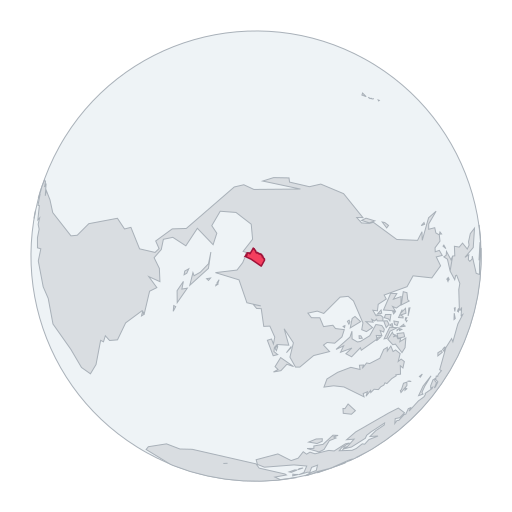 the Earth from above Mississippi, rotated 119°
{"feature_id": "USA-3544", "entity_name": "Mississippi", "entity_type": "State", "adm_level": 1, "iso_a3": "USA", "parent_name": "United States of America", "parent_adm1": "", "projection": "orthographic", "projection_center": [-90.036, 32.591], "detail": "fine", "context": "on_globe", "style": "filled", "palette": "rose", "viewbox_px": 512, "rotation_deg": 119, "n_neighbors": 0, "source": "natural_earth", "source_scale": "10m", "svg_char_len": 12216}
<svg xmlns="http://www.w3.org/2000/svg" viewBox="0 0 512 512"><g transform="rotate(119 256 256)"><circle cx="256" cy="256" r="225" fill="#eef3f6" stroke="#a8b0b8"/><path d="M301.8,346.0L296.5,344.4L291.5,351.0L272.9,342.4L265.7,330.3L206.2,308.5L199.6,301.2L198.8,290.1L175.9,249.6L187.2,286.5L178.9,278.6L171.7,265.0L175.1,262.5L169.5,242.9L161.7,234.2L159.0,209.6L170.6,181.1L173.5,186.6L175.9,179.7L172.5,172.6L169.6,169.7L173.3,140.9L164.0,122.3L154.3,122.6L161.7,118.2L138.9,123.6L129.5,120.2L144.2,120.5L148.9,117.9L144.6,113.4L148.6,109.9L148.7,105.9L153.8,102.3L162.0,103.4L165.4,101.3L162.2,98.4L165.2,93.4L169.4,97.9L175.1,89.8L189.9,91.6L197.2,109.0L209.6,109.0L228.0,125.0L230.5,121.2L239.0,125.7L245.1,123.2L246.8,127.5L250.1,122.0L247.4,118.6L248.0,115.2L251.3,113.6L254.0,118.5L252.8,120.0L255.3,120.7L255.3,124.0L257.1,121.5L260.1,128.0L262.1,119.4L268.6,122.8L269.2,127.8L262.7,130.0L248.0,149.0L246.6,155.8L251.2,162.5L273.4,168.9L274.5,175.7L280.8,182.9L283.1,177.6L279.1,170.2L285.0,162.7L279.3,155.2L280.9,151.3L277.6,143.1L285.1,141.6L294.1,144.9L297.2,151.9L301.2,153.8L303.9,145.3L315.1,157.3L331.9,163.8L334.0,167.6L328.0,177.3L313.8,181.2L306.0,196.1L318.1,184.1L323.2,194.6L327.0,195.6L330.9,194.0L331.7,189.2L334.9,192.6L324.2,205.2L321.1,202.2L324.5,198.1L317.8,200.3L310.6,209.9L313.8,215.1L299.5,225.9L301.6,230.0L299.7,234.9L297.3,227.6L301.3,241.3L285.1,259.3L290.2,283.4L277.5,265.8L268.3,264.4L257.5,265.6L258.2,269.5L243.0,267.1L230.5,275.6L227.6,294.6L234.2,309.0L250.9,309.4L255.1,301.3L266.9,299.0L260.2,320.7L281.1,322.3L280.0,337.8L286.3,345.1L296.3,342.0L306.9,344.3L313.7,334.5L325.0,327.6L326.0,339.8L331.7,327.4L338.4,332.0L360.4,325.8L359.0,329.1L377.7,337.6L396.5,336.5L400.9,343.1L398.8,349.1L405.0,347.8L405.1,351.0L428.5,343.3L439.3,343.7L438.1,354.6L427.4,372.7L413.9,400.6L393.8,417.2L386.1,427.2L365.9,444.0L354.0,447.7L354.8,451.1L346.0,456.0L337.6,458.7L333.9,461.9L327.6,463.7L330.2,464.3L317.0,469.9L317.3,471.3L306.9,474.7L307.3,475.1L304.4,475.6L300.7,476.5L299.3,476.9L291.9,477.8L293.1,476.1L298.2,474.4L294.4,474.7L305.5,469.5L300.4,471.1L306.8,463.4L316.6,454.8L328.1,427.6L324.5,422.4L308.8,417.9L290.2,395.5L296.1,384.1L291.6,379.3L306.2,361.3L301.8,346.0ZM61.8,241.8L63.2,236.9L63.9,241.4L61.8,241.8ZM63.0,233.0L62.8,234.8L62.8,233.1L63.0,233.0ZM62.4,231.1L62.8,232.5L62.1,231.4L62.4,231.1ZM61.3,229.2L62.0,230.0L61.8,230.1L61.3,229.2ZM289.9,291.6L313.7,299.7L301.1,303.1L303.3,300.6L297.1,296.8L285.8,293.8L274.4,297.4L289.9,291.6ZM60.3,224.8L60.1,223.6L60.9,223.9L60.3,224.8ZM298.6,277.1L294.6,276.8L298.4,276.1L298.6,277.1ZM167.7,169.2L172.0,172.9L173.7,180.9L169.6,178.1L167.7,169.2ZM165.0,154.9L168.1,155.3L165.1,162.1L164.3,159.7L165.0,154.9ZM146.5,123.9L149.3,126.2L145.3,125.3L146.5,123.9ZM147.9,106.1L145.8,106.7L146.8,104.4L147.9,106.1ZM273.8,144.5L275.7,143.8L275.3,145.7L273.8,144.5ZM270.6,141.7L268.8,144.4L267.0,143.5L268.1,141.9L270.6,141.7ZM155.4,97.0L157.5,93.5L156.7,97.2L155.4,97.0ZM273.2,138.7L264.0,141.6L260.9,140.1L262.7,132.7L273.2,138.7ZM159.7,91.6L164.8,83.6L160.7,84.0L175.1,78.9L166.0,87.0L165.7,91.3L163.2,90.0L159.7,91.6ZM245.1,118.3L248.1,121.7L242.6,120.4L245.1,118.3ZM241.4,118.3L223.4,120.1L220.6,114.6L227.2,114.9L221.1,109.4L228.5,105.7L233.5,108.0L233.9,112.1L236.5,107.6L241.4,118.3ZM182.3,77.6L184.7,76.1L183.7,77.9L182.3,77.6ZM247.7,113.8L244.4,114.4L241.7,109.6L247.9,107.4L246.8,109.6L247.7,113.8ZM215.8,109.9L214.9,106.2L220.7,102.1L221.1,100.2L228.4,105.2L215.8,109.9ZM249.1,109.9L251.2,106.5L255.5,107.4L250.9,112.8L249.1,109.9ZM238.3,109.4L237.4,107.1L239.9,107.6L238.3,109.4ZM271.8,109.5L267.9,110.0L266.1,107.5L271.8,109.5ZM251.7,105.2L250.2,104.9L249.1,104.1L251.3,102.1L251.7,105.2ZM232.0,102.2L234.6,101.4L229.3,99.9L233.4,97.1L237.6,101.0L237.5,98.2L238.8,97.3L240.7,101.5L232.0,102.2ZM250.2,97.7L256.8,102.3L264.6,101.6L266.4,103.8L253.5,104.5L250.2,97.7ZM244.5,99.5L248.4,98.8L248.6,101.7L246.0,103.9L244.5,99.5ZM234.7,93.9L227.4,97.1L226.7,96.2L234.7,93.9ZM252.4,96.9L250.7,95.9L252.9,96.5L252.4,96.9ZM240.1,94.1L237.6,95.3L236.9,94.2L240.1,94.1ZM249.5,92.9L251.6,94.3L250.0,95.8L249.5,92.9ZM245.2,93.0L244.9,91.2L248.1,95.5L244.1,93.7L245.2,93.0ZM239.9,92.9L238.7,92.6L241.0,92.5L239.9,92.9ZM254.6,86.8L259.1,91.9L255.4,95.0L251.5,89.6L254.6,86.8ZM302.9,476.3L292.1,477.9L298.9,477.0L305.9,475.4L311.0,474.5L308.2,475.1L302.9,476.3ZM323.1,470.9L329.9,468.7L330.8,468.4L326.4,470.0L323.1,470.9ZM414.9,96.3L416.0,97.5L412.0,94.0L395.5,79.1L393.0,77.2L414.9,96.3ZM382.1,69.3L383.2,70.1L374.5,64.6L383.6,70.7L384.0,70.7L389.7,74.9L389.6,75.2L386.6,73.0L389.0,75.4L402.9,86.0L404.8,87.2L414.7,97.7L418.8,100.9L423.5,105.9L418.1,102.5L414.4,99.3L409.1,100.8L413.9,104.9L419.2,104.1L420.0,106.0L426.6,112.6L422.2,109.1L415.1,109.8L420.3,121.5L436.6,146.2L437.6,153.7L434.1,157.1L418.5,140.9L417.9,126.1L412.4,121.1L404.3,119.8L404.8,115.7L401.4,113.7L400.4,108.5L390.8,98.2L388.6,93.1L377.0,86.8L374.2,83.6L381.9,88.1L386.0,88.8L379.4,77.8L375.8,75.0L368.8,72.0L367.9,69.7L361.9,68.3L354.3,62.0L358.6,68.8L350.5,66.5L341.6,61.9L339.7,62.6L354.2,70.2L359.2,72.3L362.4,72.0L376.8,79.9L380.8,84.3L368.6,81.4L372.8,87.7L361.5,83.5L329.4,64.1L320.0,57.8L321.1,50.1L327.8,51.9L330.7,55.4L335.2,53.4L331.4,52.9L330.6,51.4L322.7,49.5L321.7,48.3L315.7,48.8L313.7,47.2L317.5,46.9L304.0,43.7L297.7,40.8L295.1,40.7L294.1,41.4L286.7,37.8L285.1,37.9L286.9,39.1L284.9,40.3L278.5,41.2L276.3,39.9L278.3,39.3L279.3,36.7L285.0,36.0L283.4,35.6L277.9,35.9L276.8,39.1L273.6,40.1L273.1,38.3L273.0,39.0L270.7,39.1L266.4,38.2L266.4,40.2L244.1,45.5L233.4,44.9L235.6,42.2L217.6,46.5L207.0,46.8L208.7,47.7L201.3,51.2L204.5,51.1L204.7,51.9L187.0,62.4L181.2,64.4L175.5,71.2L176.3,71.9L180.4,70.7L175.1,78.9L160.7,84.0L159.5,82.2L151.3,87.2L149.7,82.6L144.6,81.6L147.5,74.6L143.2,74.9L140.5,77.0L132.6,79.4L125.7,78.4L143.3,70.1L155.9,72.6L151.8,70.5L156.3,68.5L157.0,66.4L153.8,65.5L151.2,66.8L164.4,55.0L163.8,51.6L155.1,56.4L148.2,59.6L139.9,62.9L140.0,62.9L154.0,55.2L168.5,48.4L183.4,42.7L198.7,38.1L214.3,34.6L230.1,32.2L246.0,30.9L262.0,30.8L277.9,31.8L293.8,33.9L309.4,37.1L324.8,41.5L339.8,46.9L354.4,53.4L368.5,60.8L382.1,69.3ZM479.4,226.8L479.7,229.6L478.5,258.3L475.0,257.7L463.7,243.2L461.7,229.0L456.0,218.1L437.8,155.2L440.0,150.4L432.6,124.9L432.8,123.3L440.2,132.3L439.8,126.0L432.0,115.6L430.2,113.1L441.0,127.4L450.6,142.6L459.0,158.4L466.1,174.8L471.9,191.8L476.4,209.1L479.4,226.8ZM451.1,180.4L453.3,184.0L451.1,180.4ZM361.1,325.5L363.9,327.1L360.4,328.1L361.1,325.5ZM299.8,308.6L304.6,308.2L307.3,309.8L303.7,311.0L299.8,308.6ZM339.2,301.7L344.5,301.6L339.2,303.9L339.2,301.7ZM317.4,300.5L335.0,302.3L324.6,308.2L313.4,307.2L320.9,304.8L317.4,300.5ZM297.3,285.1L300.4,285.7L299.8,288.2L297.3,285.1ZM301.4,276.8L300.3,277.1L298.6,275.3L301.4,276.8ZM323.9,193.9L324.8,193.0L328.9,192.3L327.5,194.6L323.9,193.9ZM344.2,178.6L349.0,184.5L344.6,181.7L343.5,185.7L332.9,185.2L334.5,169.5L335.7,176.5L344.2,178.6ZM319.2,180.9L325.8,182.5L318.5,181.4L319.2,180.9ZM383.7,109.4L386.0,108.3L390.4,111.7L393.2,119.7L386.9,114.7L383.7,109.4ZM388.3,106.1L375.4,101.8L373.1,97.2L376.6,100.4L376.4,97.8L381.9,102.3L392.3,102.7L396.8,105.9L399.6,118.0L396.2,112.1L394.1,113.3L388.3,106.1ZM346.4,104.2L340.8,103.7L343.1,94.1L348.1,95.8L351.3,103.4L347.2,106.0L346.4,104.2ZM278.1,125.7L275.8,127.2L275.0,125.6L276.4,123.2L278.1,125.7ZM270.1,109.9L287.4,118.2L285.6,120.2L297.8,123.5L297.9,130.0L290.0,127.5L299.2,135.4L292.1,135.8L298.9,140.7L281.3,134.5L275.3,135.6L281.9,131.8L282.0,125.6L280.2,123.3L270.7,117.9L257.8,117.9L255.8,112.3L257.8,108.3L260.6,107.5L261.0,111.3L264.5,107.4L267.2,112.3L270.1,109.9ZM282.7,73.2L282.0,76.6L289.3,72.3L292.1,76.1L292.8,75.3L297.4,77.8L304.1,79.7L304.4,81.7L306.9,81.6L310.0,83.5L313.5,84.2L315.3,88.1L319.8,89.4L318.1,90.6L325.3,91.8L320.7,92.7L324.3,95.6L326.8,93.2L327.9,115.6L331.9,125.2L337.7,133.0L329.1,134.3L318.2,128.2L307.4,119.1L304.8,110.0L301.4,112.6L299.2,109.1L302.8,108.5L295.9,107.4L295.0,104.5L285.4,98.1L275.9,99.0L272.2,96.9L275.5,95.1L269.4,94.4L273.1,89.8L270.5,88.3L271.5,82.6L279.3,80.5L275.8,79.1L276.4,75.1L282.7,73.2ZM255.1,85.2L263.9,81.2L269.7,81.5L265.5,91.4L267.3,93.3L264.9,100.3L256.5,99.8L258.0,97.8L257.5,95.8L260.3,96.7L257.6,94.5L259.6,91.8L258.1,89.4L261.3,88.7L255.1,85.2ZM428.9,118.0L428.3,116.3L426.5,113.0L430.5,117.3L428.9,118.0ZM424.4,118.5L423.3,116.3L428.1,120.2L428.7,122.3L424.4,118.5ZM418.5,112.0L422.8,115.9L420.9,115.0L418.5,112.0ZM380.4,86.1L378.7,83.9L380.1,84.3L383.0,86.2L380.4,86.1ZM305.1,63.0L303.8,64.5L302.3,64.0L295.8,65.3L293.2,62.9L296.1,61.2L305.1,63.0ZM423.5,105.6L421.6,103.2L424.6,106.8L423.5,105.6ZM301.2,60.6L298.9,61.4L299.0,59.7L301.2,60.6ZM291.0,61.3L290.5,59.4L292.1,62.8L291.0,61.3ZM275.9,44.8L287.8,45.3L294.7,44.8L295.9,43.0L299.3,46.1L288.7,46.8L275.9,44.8ZM248.2,45.3L247.3,47.5L244.3,47.0L244.1,46.4L248.2,45.3ZM250.0,46.4L255.2,48.5L252.4,50.0L248.9,48.0L250.0,46.4ZM278.6,53.3L282.3,53.5L282.1,54.7L278.6,53.3ZM130.1,69.2L131.7,68.2L123.5,73.9L120.7,76.0L121.4,75.4L130.1,69.2ZM130.4,69.2L134.6,66.4L150.3,58.9L151.6,58.9L135.3,66.8L138.4,64.7L135.9,65.8L130.4,69.2ZM183.0,75.6L184.6,76.0L182.0,76.7L183.0,75.6ZM206.7,51.8L206.6,53.0L203.6,53.5L206.7,51.8ZM204.7,56.7L208.1,55.2L205.4,57.3L204.7,56.7ZM215.6,52.0L209.9,54.9L214.1,51.4L215.6,52.0Z" fill="#d9dde1" stroke="#a8b0b8" stroke-width="1"/><path d="M261.5,264.6L261.5,264.8L261.4,264.8L261.2,264.8L261.0,264.7L260.9,264.6L260.7,264.8L260.4,264.8L260.0,264.5L259.8,264.4L259.7,264.5L260.0,264.6L259.9,264.6L259.6,264.6L259.4,264.7L259.1,264.8L258.9,264.8L258.7,264.9L258.5,264.7L258.4,264.7L258.3,264.8L258.4,265.0L258.1,265.2L258.1,265.3L258.0,265.5L258.0,265.4L257.9,265.4L257.7,265.4L257.4,265.1L257.4,264.8L257.2,264.6L257.2,264.4L257.1,264.2L256.9,264.0L256.7,263.8L256.8,263.7L256.7,263.6L256.6,263.4L256.7,263.2L256.8,263.0L256.9,262.7L257.0,262.6L257.0,262.4L256.9,262.3L256.7,262.3L256.2,262.3L255.8,262.3L255.3,262.3L254.9,262.3L254.3,262.2L253.7,262.2L253.2,262.2L252.6,262.2L252.1,262.2L251.7,262.2L251.3,262.2L251.0,262.2L250.8,262.2L250.7,262.2L250.8,262.0L250.8,261.9L250.7,261.8L250.6,261.7L250.7,261.4L250.6,261.2L250.9,261.1L251.0,261.1L251.1,260.8L251.1,260.7L251.0,260.4L251.1,260.1L251.3,260.0L251.3,259.9L251.4,259.5L251.4,259.4L251.5,259.1L251.6,258.9L251.9,258.8L252.0,258.7L252.2,258.4L252.3,258.4L252.5,258.3L252.6,258.1L252.5,257.9L252.5,257.7L252.8,257.5L252.9,257.3L253.1,257.1L253.0,256.9L252.9,256.9L252.8,256.7L252.7,256.6L252.4,256.4L252.5,256.3L252.5,256.2L252.4,256.0L252.3,255.9L252.3,255.7L252.5,255.6L252.6,255.4L252.3,255.4L252.3,255.1L252.4,254.9L252.5,254.9L252.5,254.7L252.4,254.5L252.3,254.4L252.3,253.9L252.5,253.8L252.5,253.7L252.5,253.3L252.4,253.2L252.2,253.1L252.3,253.0L252.4,252.9L252.4,252.7L252.3,252.4L252.2,252.3L252.1,252.2L252.3,252.1L252.3,251.9L252.2,251.8L252.1,251.7L252.3,251.4L252.5,251.3L252.7,251.2L252.6,250.9L252.7,250.7L252.8,250.4L253.0,250.3L253.3,250.2L253.2,250.1L253.0,249.9L253.2,249.7L253.3,249.7L253.4,249.4L253.5,249.3L253.7,249.2L253.8,249.0L254.0,249.0L254.1,248.9L254.2,248.7L254.3,248.2L254.2,247.9L254.3,247.6L254.5,247.6L254.6,247.4L254.6,247.2L255.0,247.1L255.2,246.8L255.2,246.7L255.6,246.5L256.0,246.5L256.4,246.5L256.8,246.5L257.2,246.5L257.6,246.5L258.1,246.5L258.5,246.5L258.9,246.5L259.3,246.5L259.7,246.5L260.2,246.5L260.6,246.5L261.0,246.5L261.4,246.5L261.8,246.5L262.0,246.5L262.1,246.8L262.3,246.8L262.3,247.0L262.2,247.3L262.2,247.5L262.2,247.8L262.2,248.1L262.1,248.5L262.1,248.9L262.1,249.3L262.0,249.7L262.0,250.2L261.9,250.7L261.9,251.3L261.8,251.8L261.8,252.3L261.7,252.9L261.7,253.4L261.6,254.0L261.6,254.5L261.5,255.0L261.5,255.5L261.4,256.0L261.4,256.5L261.4,256.9L261.3,257.3L261.3,257.6L261.2,258.0L261.2,258.4L261.2,258.6L261.2,259.1L261.2,259.5L261.2,259.8L261.3,260.2L261.3,260.6L261.3,260.9L261.3,261.3L261.4,261.7L261.4,262.0L261.4,262.4L261.4,262.8L261.4,263.1L261.5,263.5L261.5,263.9L261.5,264.2L261.5,264.6L261.5,264.6ZM260.7,265.2L260.8,265.2L261.0,265.2L261.1,265.3L260.3,265.2L260.5,265.1L260.7,265.2ZM259.3,265.2L259.3,265.3L259.2,265.4L259.0,265.2L259.3,265.2L259.3,265.2ZM261.2,265.3L261.5,265.3L261.4,265.3L261.2,265.3ZM259.7,265.3L259.8,265.3L259.7,265.3L259.7,265.3Z" fill="#f43f5e" stroke="#9f1239" stroke-width="1.5"/></g></svg>